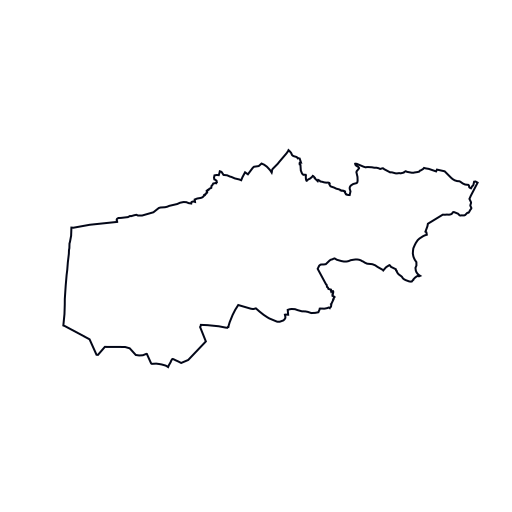 5e Arrondissement, Analamanga, Madagascar, rotated 292°
{"feature_id": "10022922B36895306051586", "entity_name": "5e Arrondissement", "entity_type": "district", "adm_level": 2, "iso_a3": "MDG", "parent_name": "Madagascar", "parent_adm1": "Analamanga", "projection": "robinson", "projection_center": [47.548, -18.883], "detail": "fine", "context": "isolated", "style": "outline", "palette": "ink", "viewbox_px": 512, "rotation_deg": 292, "n_neighbors": 0, "source": "geoboundaries", "source_scale": "gbopen_adm2", "svg_char_len": 6151}
<svg xmlns="http://www.w3.org/2000/svg" viewBox="0 0 512 512"><g transform="rotate(292 256 256)"><path d="M407.0,434.0L407.3,431.6L406.6,430.4L403.5,430.9L402.8,430.9L401.7,430.3L399.3,430.0L399.3,429.0L399.6,428.0L401.0,427.1L401.5,426.3L400.6,423.1L400.7,420.6L401.4,417.6L401.5,416.6L400.8,414.4L400.6,411.8L401.0,409.4L401.7,407.4L405.2,399.2L403.9,391.4L401.9,391.3L401.5,383.6L400.8,380.5L400.6,378.8L399.4,378.4L398.4,377.7L397.1,376.7L396.5,376.0L395.4,375.7L394.4,374.4L392.7,371.5L392.2,370.9L391.6,369.4L390.7,365.0L390.6,364.1L390.7,363.1L389.5,362.0L388.9,361.9L388.5,361.5L386.8,359.1L386.5,357.7L385.3,355.6L384.9,354.3L384.5,350.8L384.0,349.3L383.8,349.1L384.5,342.3L384.9,341.1L384.7,340.4L383.2,338.5L383.3,336.8L383.0,334.8L382.1,332.4L381.7,330.3L380.6,327.0L380.0,325.5L379.3,324.5L379.1,322.3L379.2,315.0L378.9,313.7L378.7,313.4L377.9,313.9L377.3,315.0L376.9,317.5L376.3,318.5L375.9,318.7L372.3,317.6L371.3,317.7L367.3,320.5L363.9,322.0L362.5,322.3L362.2,322.3L361.3,322.0L359.2,319.2L357.3,317.8L356.4,317.4L355.2,317.2L354.4,317.3L353.4,317.7L351.3,319.4L347.6,320.0L347.1,318.6L346.8,316.7L346.9,316.4L347.2,316.4L347.3,315.9L348.2,314.7L349.2,314.4L349.3,313.3L349.3,313.1L349.0,313.1L349.0,311.5L348.6,311.2L348.5,309.9L348.8,309.8L348.9,308.1L348.5,305.2L348.7,302.8L348.5,299.4L348.7,298.7L350.1,297.0L350.9,297.1L351.2,296.6L351.1,295.4L350.3,293.6L349.8,291.6L349.6,289.5L349.2,287.8L349.7,286.6L349.8,285.2L348.5,285.2L350.1,281.3L350.5,281.3L350.9,280.5L351.5,279.2L351.5,278.6L350.9,278.6L348.0,277.1L347.3,276.4L345.5,275.0L344.9,275.0L344.7,274.7L345.3,274.0L346.2,273.4L348.5,272.3L349.2,272.2L349.9,271.7L349.5,270.5L349.0,269.5L349.5,268.2L350.1,267.4L352.1,265.5L357.1,263.1L357.3,262.7L357.3,262.2L357.9,262.0L358.4,261.6L359.0,261.7L359.4,262.8L362.7,260.0L362.6,259.6L362.6,258.5L362.2,258.1L362.5,257.7L363.0,256.6L362.7,253.7L362.8,252.4L363.2,251.5L364.7,250.0L365.7,248.2L365.7,247.5L366.1,247.1L366.3,246.5L365.4,246.5L362.5,245.8L352.3,242.4L349.6,241.6L342.9,238.8L341.3,238.7L340.0,239.2L339.2,239.3L340.7,237.2L341.8,235.0L342.9,232.6L343.7,229.3L343.8,226.5L340.7,225.0L340.2,224.5L338.0,220.7L337.5,220.4L336.3,219.9L328.7,217.9L329.5,214.5L323.8,213.9L320.7,213.9L320.7,211.9L320.0,207.3L320.1,203.6L319.9,202.1L320.0,199.0L319.0,195.5L320.9,192.8L321.1,191.9L321.0,190.7L319.4,191.0L317.0,191.2L316.4,189.2L315.2,187.3L312.9,187.7L311.4,188.7L311.4,189.7L311.0,191.2L309.6,192.1L309.0,191.5L308.5,191.7L308.3,190.9L307.2,189.2L305.5,189.0L304.3,188.5L302.4,189.0L300.8,187.5L299.6,187.3L299.2,186.9L299.2,186.5L298.2,186.0L298.1,186.3L297.9,186.2L297.8,186.5L296.3,186.4L296.3,186.8L295.8,186.7L295.2,186.5L293.4,185.2L293.1,185.7L292.0,185.0L291.0,184.7L290.1,184.1L289.2,183.1L287.3,180.0L285.4,178.0L283.3,179.2L283.1,177.4L282.2,176.3L281.7,176.0L280.4,176.3L279.8,173.8L279.8,171.2L278.9,168.6L276.9,165.6L274.7,163.5L270.0,156.8L268.5,155.3L267.7,154.2L267.1,153.3L265.2,149.3L264.1,147.9L258.1,144.5L250.9,135.3L249.3,131.3L249.4,129.7L248.3,128.0L246.1,125.2L245.9,124.2L244.1,122.7L240.6,116.3L239.7,114.2L238.5,113.3L237.7,113.2L237.0,113.4L236.4,114.1L235.6,114.5L222.7,90.2L213.8,76.1L213.2,74.2L205.5,77.0L199.5,78.2L197.7,78.4L193.4,80.0L191.4,80.4L187.8,81.7L179.7,83.9L172.4,86.2L167.5,87.5L157.4,90.6L144.6,94.8L139.3,96.9L130.3,100.2L119.4,103.4L119.4,105.3L116.4,132.9L104.7,145.1L105.1,146.5L115.1,149.9L122.6,168.7L123.1,173.5L119.2,181.6L120.0,184.9L121.2,187.5L121.7,188.4L124.2,191.0L124.3,191.5L117.4,198.7L117.1,199.1L117.0,199.9L118.8,203.7L119.6,206.8L120.1,209.2L120.5,212.8L120.5,214.1L120.1,216.1L121.9,216.1L125.5,216.6L127.2,216.6L128.9,216.9L129.3,217.3L129.4,218.1L129.2,220.7L129.1,223.3L128.8,226.7L134.2,232.1L158.0,241.5L169.2,230.8L170.8,230.9L171.5,230.7L173.7,236.9L176.9,247.8L178.2,254.5L178.7,256.3L179.6,256.5L179.8,257.0L181.4,256.7L184.8,256.4L192.6,256.4L198.4,256.9L203.9,257.9L205.2,271.0L205.6,272.7L206.0,273.7L207.4,275.5L205.8,280.1L204.3,285.2L203.4,289.6L203.1,291.7L203.0,299.8L203.1,300.6L203.5,301.6L204.0,302.7L206.5,305.5L208.0,306.2L209.6,306.4L210.5,306.1L212.4,304.8L212.8,305.4L213.6,307.8L217.9,305.6L219.1,307.0L220.2,308.8L221.3,312.1L221.4,314.8L221.9,319.2L223.1,322.5L223.3,323.5L223.6,325.0L223.8,328.6L225.4,332.1L227.2,334.9L230.3,335.0L231.1,334.8L231.3,335.1L232.8,339.2L234.4,341.6L235.4,342.6L235.5,342.9L235.3,343.9L235.8,343.9L237.1,344.5L239.3,344.0L239.5,343.6L239.9,343.8L241.2,343.9L244.9,344.1L244.9,343.8L246.4,343.9L247.4,344.2L247.6,343.7L247.7,341.9L248.7,341.7L248.7,341.4L249.1,341.3L249.0,341.6L250.3,341.4L250.6,341.1L250.8,341.3L251.7,341.1L252.3,340.5L251.8,339.5L251.1,339.1L252.3,338.2L252.9,338.1L252.6,335.5L253.7,334.5L253.9,333.5L255.8,332.2L256.0,331.5L267.2,318.0L270.5,318.2L270.9,318.3L272.2,319.1L272.6,319.8L273.7,322.3L274.6,323.8L279.5,326.0L280.7,326.9L281.4,327.9L282.6,329.0L283.2,329.8L282.8,332.4L283.3,337.1L283.8,339.6L284.9,342.2L286.0,343.8L287.6,345.4L289.0,347.7L290.1,349.6L290.7,351.2L291.1,352.8L291.2,353.9L291.2,355.2L291.0,356.0L291.0,357.4L290.6,359.4L290.5,361.9L291.9,366.6L292.0,367.6L292.0,370.1L291.4,372.8L290.6,378.9L290.3,379.4L294.1,380.7L295.5,381.6L297.5,383.1L297.4,383.8L296.5,385.2L296.1,390.6L295.0,391.3L295.0,391.9L293.7,393.0L292.9,394.2L292.4,395.3L291.6,398.5L291.3,399.2L290.3,400.6L289.9,401.9L289.7,403.7L289.8,407.4L290.1,408.8L290.7,410.0L292.4,410.5L292.7,410.8L293.3,410.7L295.4,411.5L297.1,412.5L298.1,413.4L298.2,414.7L299.1,415.6L299.4,414.0L300.1,412.3L301.1,410.8L302.4,409.6L304.7,408.3L307.3,408.3L310.4,407.0L312.0,404.6L313.8,402.7L314.8,401.9L317.0,400.5L319.7,399.6L322.1,399.0L325.7,399.1L328.0,399.3L331.3,400.0L333.4,401.0L336.7,403.3L338.2,404.6L339.7,406.4L341.5,405.3L341.8,405.1L342.0,404.0L347.8,403.8L350.3,403.3L364.3,413.7L365.0,415.7L365.9,417.4L366.6,419.5L367.4,420.7L368.2,421.6L370.6,422.4L370.9,423.3L370.9,427.5L370.0,429.5L370.1,430.4L370.7,431.4L371.6,433.8L372.4,434.6L375.0,435.7L375.4,436.0L375.7,436.8L376.6,437.1L379.1,437.4L380.5,437.8L380.9,437.8L381.3,437.6L382.6,436.2L383.3,435.7L385.8,435.5L386.4,435.2L388.9,432.5L392.3,432.6L407.0,434.0Z" fill="none" stroke="#020617" stroke-width="2"/></g></svg>